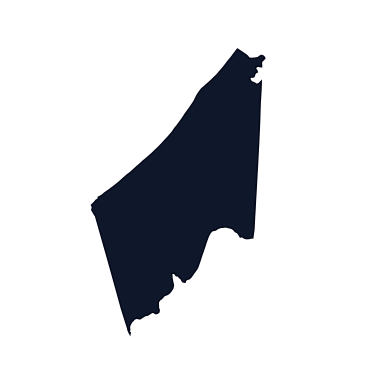 Conceição da Barra, Espírito Santo, Brazil (Equal Earth projection), rotated 214°
{"feature_id": "56859067B74705866217996", "entity_name": "Conceição da Barra", "entity_type": "district", "adm_level": 2, "iso_a3": "BRA", "parent_name": "Brazil", "parent_adm1": "Espírito Santo", "projection": "equal_earth", "projection_center": [-39.838, -18.451], "detail": "fine", "context": "isolated", "style": "filled", "palette": "ink", "viewbox_px": 384, "rotation_deg": 214, "n_neighbors": 0, "source": "geoboundaries", "source_scale": "gbopen_adm2", "svg_char_len": 3261}
<svg xmlns="http://www.w3.org/2000/svg" viewBox="0 0 384 384"><g transform="rotate(214 192 192)"><path d="M166.4,40.9L166.5,42.8L167.5,43.9L168.6,45.3L169.2,48.0L169.4,50.8L168.9,52.4L168.9,54.1L167.6,56.2L166.3,57.0L165.1,57.2L163.9,58.2L163.2,60.1L162.2,62.4L161.3,63.9L159.9,65.2L158.7,68.0L157.8,70.2L156.3,70.7L154.0,70.9L152.8,72.2L152.3,74.1L153.4,76.0L154.9,76.8L155.8,78.2L157.0,79.7L158.4,81.9L158.4,84.7L157.5,86.8L157.3,89.4L156.9,91.0L155.5,92.7L154.6,94.5L154.2,96.1L154.0,98.5L154.1,101.2L155.0,103.8L156.3,105.3L157.7,106.5L159.0,107.9L160.3,109.2L161.8,111.1L163.3,113.1L161.5,114.8L159.8,114.4L158.3,113.8L156.4,114.7L155.0,114.2L153.4,113.9L151.8,113.8L150.8,112.9L149.2,112.5L147.3,113.3L147.9,115.0L147.2,116.9L145.8,118.5L145.3,120.6L145.2,123.1L145.2,125.3L145.1,127.7L145.0,130.4L145.2,132.8L145.9,135.5L146.4,137.4L146.9,139.2L147.3,140.7L147.8,142.3L148.4,144.4L149.0,146.6L149.6,149.1L150.3,151.4L151.0,154.1L151.5,155.8L152.0,157.4L152.4,159.0L153.3,162.5L153.7,164.2L154.1,167.4L153.9,170.7L152.6,172.3L151.2,173.7L150.3,176.1L149.0,178.0L147.9,179.2L146.7,180.1L145.4,181.3L144.0,182.2L142.5,182.8L140.5,183.5L138.8,184.1L136.5,184.1L134.1,183.4L131.4,183.7L129.5,183.0L128.1,182.4L126.8,181.7L125.9,182.9L124.2,183.1L122.8,183.1L120.8,183.8L119.0,185.1L117.4,186.9L116.0,187.9L119.9,195.8L126.5,206.7L130.0,212.7L131.0,214.3L135.5,221.8L137.9,225.9L144.3,236.6L152.1,249.7L153.5,252.1L154.5,253.7L163.8,269.2L165.7,272.3L174.6,286.9L185.3,303.9L191.9,315.1L196.5,322.5L197.0,319.7L198.3,317.4L200.3,317.3L202.5,317.1L204.0,316.5L205.8,317.1L207.9,318.4L207.3,320.6L205.8,321.2L205.2,322.8L205.8,324.5L206.0,326.2L205.0,328.0L206.3,329.0L208.3,329.6L208.8,331.6L207.7,333.3L206.3,333.8L204.4,334.7L205.5,336.4L206.6,337.6L207.3,339.3L206.8,340.9L206.4,343.6L208.0,344.4L209.7,344.5L211.1,343.8L211.8,342.1L212.5,340.1L213.6,339.1L215.1,337.7L216.2,336.9L217.2,336.0L218.8,335.2L220.1,335.0L222.1,335.7L224.0,335.9L229.7,335.9L232.7,335.9L234.2,335.9L234.4,334.1L234.4,332.1L234.6,329.8L234.7,327.3L234.8,325.0L235.1,322.6L235.3,320.4L235.4,318.2L235.6,315.3L235.7,313.7L235.9,311.8L236.2,308.8L236.5,306.7L236.7,304.5L237.0,302.6L237.5,300.1L237.9,298.4L238.3,296.1L238.7,294.5L239.2,292.5L239.7,290.6L240.2,288.7L240.7,286.6L241.4,284.3L241.8,282.1L241.9,279.8L242.0,276.4L241.8,274.0L241.5,271.7L241.1,269.5L241.0,266.8L241.0,264.5L241.0,262.7L241.0,260.7L241.1,257.9L241.2,254.9L241.3,252.3L241.2,249.4L241.2,245.9L241.3,243.7L241.5,238.9L241.8,235.9L241.9,234.1L241.8,232.0L242.0,229.3L242.3,227.0L242.6,224.3L243.0,221.9L243.4,219.5L243.9,215.8L244.2,214.1L244.6,211.8L245.0,209.6L245.4,208.0L245.9,205.7L246.6,202.3L247.2,200.0L247.8,197.6L248.5,195.0L249.1,192.8L249.9,190.2L250.4,187.9L250.8,186.4L251.2,184.7L251.9,182.4L252.4,180.3L253.0,177.8L253.6,175.3L254.1,173.4L254.9,171.2L255.5,169.4L256.0,167.4L256.7,164.7L257.9,159.8L258.7,157.1L259.5,154.5L260.2,152.4L261.1,149.9L261.8,147.7L262.4,146.2L263.2,144.1L263.9,142.3L264.4,140.3L264.9,138.8L265.9,136.6L266.8,135.3L265.8,134.1L266.9,131.6L267.3,128.1L268.0,125.0L266.1,123.9L265.0,121.1L260.1,118.7L258.8,118.4L221.5,86.9L200.4,68.9L184.9,55.6L166.4,40.9ZM164.0,39.5L164.6,40.9L166.4,40.9L164.0,39.5Z" fill="#0f172a" stroke="#020617" stroke-width="1.5"/></g></svg>